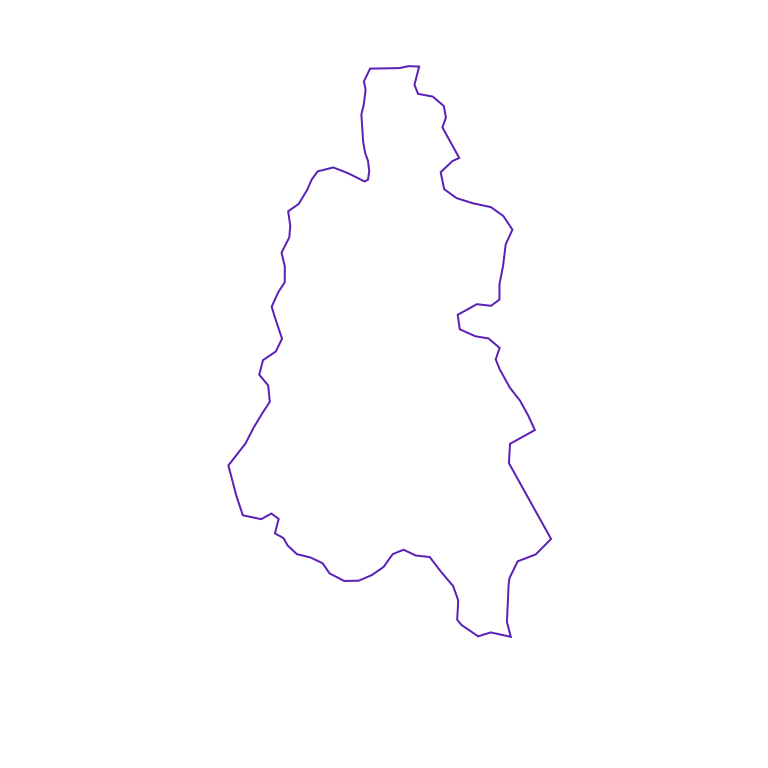 the district of Yecheon-gun, North Gyeongsang, South Korea, rotated 151°
{"feature_id": "91817680B75354784424725", "entity_name": "Yecheon-gun", "entity_type": "district", "adm_level": 2, "iso_a3": "KOR", "parent_name": "South Korea", "parent_adm1": "North Gyeongsang", "projection": "equal_earth", "projection_center": [128.413, 36.651], "detail": "fine", "context": "isolated", "style": "outline", "palette": "violet", "viewbox_px": 768, "rotation_deg": 151, "n_neighbors": 0, "source": "geoboundaries", "source_scale": "gbopen_adm2", "svg_char_len": 1546}
<svg xmlns="http://www.w3.org/2000/svg" viewBox="0 0 768 768"><g transform="rotate(151 384 384)"><path d="M313.0,167.5L313.1,226.9L313.1,236.5L313.1,243.3L313.1,254.2L302.8,270.6L289.9,270.6L274.4,270.6L273.2,285.6L273.1,303.4L275.7,319.8L275.7,340.3L274.4,351.3L265.4,359.5L270.5,373.2L280.9,381.4L291.2,395.1L286.0,408.8L264.1,408.8L252.5,400.5L242.1,401.9L234.4,415.6L222.8,429.3L209.9,447.1L196.9,456.7L198.2,473.1L204.7,486.8L218.9,499.2L230.5,511.5L236.9,525.2L231.8,541.7L216.3,545.8L208.6,545.3L208.5,580.1L200.7,587.0L196.9,598.0L202.0,611.7L213.6,621.3L212.3,630.9L199.4,644.6L208.4,650.1L217.5,652.9L233.0,661.1L243.3,666.6L254.9,658.4L257.5,650.1L266.6,637.8L273.0,630.9L284.7,606.2L288.5,595.2L289.8,587.0L293.7,577.4L298.9,570.5L302.8,570.5L313.1,585.6L323.4,598.0L338.9,602.1L347.9,598.0L357.0,591.1L371.2,582.9L384.1,581.5L389.3,567.8L395.7,558.2L409.9,548.6L413.8,534.8L421.5,521.1L431.9,515.6L444.8,506.0L447.4,493.7L451.2,473.1L462.8,464.9L478.3,463.5L488.6,452.6L486.0,438.9L492.5,423.8L505.4,417.0L519.6,408.8L533.8,399.2L559.6,388.2L563.4,373.2L567.3,358.1L571.1,337.6L556.9,325.3L551.8,325.3L545.3,325.3L541.5,317.1L551.8,306.2L546.6,297.9L546.6,289.7L542.7,277.4L532.4,267.9L524.6,257.0L523.4,244.7L514.3,231.0L501.4,224.2L487.2,222.8L473.0,224.2L458.9,231.0L447.3,229.6L439.5,218.7L427.9,210.5L425.3,192.8L421.5,173.7L424.0,158.7L434.3,142.3L433.0,135.5L424.0,117.7L411.1,115.0L395.7,101.4L391.8,116.4L372.5,147.7L368.6,153.2L353.1,164.1L333.8,161.4L313.0,167.5Z" fill="none" stroke="#5b21b6" stroke-width="2"/></g></svg>